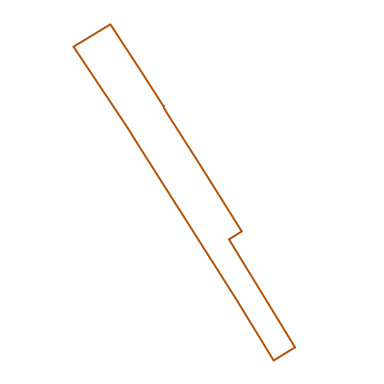 the district of Delgo, Northern, Sudan, rotated 237°
{"feature_id": "16777658B54397395103229", "entity_name": "Delgo", "entity_type": "district", "adm_level": 2, "iso_a3": "SDN", "parent_name": "Sudan", "parent_adm1": "Northern", "projection": "albers", "projection_center": [29.933, 20.083], "detail": "fine", "context": "isolated", "style": "outline", "palette": "amber", "viewbox_px": 384, "rotation_deg": 237, "n_neighbors": 0, "source": "geoboundaries", "source_scale": "gbopen_adm2", "svg_char_len": 707}
<svg xmlns="http://www.w3.org/2000/svg" viewBox="0 0 384 384"><g transform="rotate(237 192 192)"><path d="M378.4,171.8L376.5,171.8L296.8,172.8L280.2,172.9L275.4,172.9L275.2,173.0L274.7,173.0L273.4,172.7L78.8,170.7L6.2,168.7L6.1,173.8L5.8,188.5L5.7,191.4L5.6,193.8L132.1,197.2L131.9,212.3L132.2,212.3L132.4,212.3L135.5,212.3L138.6,212.4L215.9,213.6L220.4,213.6L248.0,213.8L268.7,214.0L277.8,214.1L278.7,214.6L279.4,215.3L280.0,214.8L298.4,214.9L316.0,215.0L317.9,215.0L331.7,215.0L334.0,215.0L360.1,214.9L372.5,214.9L375.3,214.9L377.0,214.8L377.1,212.0L377.3,207.5L377.4,203.8L377.9,188.3L377.9,187.8L378.0,183.2L378.1,180.2L378.3,175.2L378.4,171.8Z" fill="none" stroke="#b45309" stroke-width="2"/></g></svg>